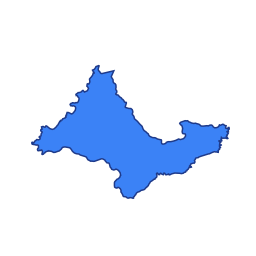 Carrillo, Guanacaste, Costa Rica, rotated 342°
{"feature_id": "36466004B81157491697278", "entity_name": "Carrillo", "entity_type": "district", "adm_level": 2, "iso_a3": "CRI", "parent_name": "Costa Rica", "parent_adm1": "Guanacaste", "projection": "mercator", "projection_center": [-85.608, 10.481], "detail": "fine", "context": "isolated", "style": "filled", "palette": "blue", "viewbox_px": 256, "rotation_deg": 342, "n_neighbors": 0, "source": "geoboundaries", "source_scale": "gbopen_adm2", "svg_char_len": 5844}
<svg xmlns="http://www.w3.org/2000/svg" viewBox="0 0 256 256"><g transform="rotate(342 128 128)"><path d="M213.4,167.7L213.6,166.5L213.9,165.9L214.2,166.7L218.0,167.9L219.0,168.8L219.7,168.8L219.6,168.0L218.8,167.4L218.7,166.9L219.0,166.5L219.9,166.1L219.7,165.3L220.7,164.9L221.7,164.0L221.2,163.0L221.1,162.0L221.4,162.0L222.4,162.5L222.8,160.7L223.8,160.4L224.2,159.5L224.2,158.7L223.5,158.5L223.1,159.2L222.9,159.3L221.5,158.8L220.9,158.4L220.8,158.0L222.0,156.1L220.6,155.4L220.1,154.2L219.2,153.7L216.8,154.0L216.0,153.3L215.6,153.5L214.9,154.5L213.4,155.0L212.3,155.0L210.5,154.6L209.5,153.4L209.0,151.8L208.5,151.1L206.9,150.6L205.0,150.8L203.8,150.2L199.9,149.4L198.4,148.8L197.7,148.2L197.2,146.9L196.3,146.1L194.7,145.1L193.7,144.3L192.0,144.0L190.0,142.9L188.8,141.7L187.7,140.9L187.1,139.7L186.7,139.4L185.5,139.2L184.6,138.7L179.9,138.8L179.2,139.1L178.6,139.6L179.0,141.2L179.8,142.0L180.0,143.4L179.8,145.4L178.4,148.1L178.2,149.5L178.5,150.3L180.5,151.3L180.6,151.5L180.6,152.3L180.1,153.6L178.5,154.8L177.2,155.3L174.3,155.2L172.7,154.1L169.9,154.5L167.2,154.5L164.4,154.2L161.9,153.4L160.0,153.5L159.1,154.3L157.3,154.3L156.2,154.1L155.5,153.5L155.3,153.2L155.3,152.1L156.0,150.3L156.0,149.6L152.5,147.5L151.9,146.7L150.7,145.6L149.3,145.1L148.1,144.5L146.1,142.6L145.5,141.3L145.5,139.9L145.3,139.6L144.4,138.3L143.9,137.2L142.5,135.4L142.0,133.5L141.9,130.7L140.2,127.5L139.0,124.5L137.0,121.2L137.2,119.2L137.0,117.9L136.4,116.7L136.4,115.9L137.4,114.6L137.7,113.6L137.7,111.9L136.8,110.4L134.7,109.6L131.9,107.6L131.9,107.0L134.2,103.7L134.2,103.1L133.3,102.7L132.7,102.1L132.5,100.7L132.0,99.4L131.2,98.4L131.0,97.4L129.7,95.8L128.9,93.9L128.7,93.5L127.6,93.0L126.9,92.2L126.9,91.8L127.3,91.3L128.1,91.0L128.7,89.7L128.7,88.8L128.3,87.9L128.4,87.0L129.2,85.6L129.8,83.3L129.5,82.0L128.8,81.3L128.2,80.2L128.2,79.1L128.7,77.5L128.0,74.7L128.0,73.9L132.2,69.2L120.2,68.2L119.2,67.8L118.7,66.9L118.5,65.7L117.8,64.4L117.7,63.2L118.3,62.0L119.7,60.0L119.4,59.6L116.5,59.7L115.8,60.5L114.0,61.9L113.2,61.8L112.1,62.0L112.4,63.6L112.9,64.6L112.8,65.3L112.5,65.4L111.8,65.1L110.8,66.7L108.8,68.2L107.8,68.7L106.5,69.6L106.0,72.3L104.7,73.9L104.1,74.0L103.5,73.5L102.9,73.5L102.7,73.7L101.8,75.6L102.3,76.4L102.7,78.1L101.0,79.9L100.1,80.1L97.7,80.3L96.9,78.4L96.4,78.3L94.4,79.3L92.5,79.2L91.4,78.9L90.9,79.3L89.2,79.7L88.8,80.1L89.0,80.7L88.8,81.1L89.5,81.3L89.9,81.8L89.8,82.4L90.0,82.8L90.1,83.3L90.5,83.9L90.6,84.5L90.4,85.4L89.0,87.4L87.9,88.2L87.5,88.2L86.2,87.7L85.4,87.9L82.9,86.8L81.8,87.2L81.3,87.0L80.5,87.4L80.1,88.0L80.5,88.6L80.5,89.2L81.4,89.5L81.8,89.9L82.6,89.9L83.1,90.1L84.3,91.2L84.5,92.0L84.4,92.9L83.3,94.9L80.8,96.6L79.8,97.1L78.7,97.2L77.9,96.6L77.6,96.2L76.2,94.9L74.9,94.4L73.8,95.9L73.7,96.6L73.0,96.7L72.6,97.4L72.4,97.5L72.5,98.4L71.6,98.6L71.4,99.0L68.7,99.1L68.4,99.6L68.0,99.9L66.3,100.0L66.1,100.7L65.0,100.6L64.7,101.4L63.6,102.0L62.5,103.3L61.5,103.7L60.2,104.7L57.3,106.0L55.5,105.9L53.5,104.4L51.2,100.9L50.4,100.7L49.7,101.5L49.1,101.5L48.7,101.3L47.9,100.4L47.2,100.2L46.1,100.2L45.9,102.5L44.8,102.5L44.2,103.4L44.2,103.9L45.0,104.9L45.0,105.5L43.5,106.9L43.1,108.1L42.6,108.7L41.3,108.7L40.9,108.9L40.7,109.3L41.5,110.3L40.7,111.4L39.2,111.6L37.8,110.8L37.4,110.8L36.6,111.4L35.2,111.7L34.5,112.5L33.9,112.9L33.1,112.9L33.0,112.2L32.7,112.0L32.2,112.0L31.9,112.4L31.8,113.2L31.9,113.8L33.0,114.5L33.8,114.8L35.3,115.8L36.9,116.3L37.4,117.0L36.7,119.3L35.9,119.6L35.3,120.3L35.2,121.4L35.5,121.9L36.7,122.0L37.3,121.9L37.4,122.3L39.0,122.2L39.3,122.6L39.3,124.3L38.1,126.1L38.1,126.5L38.3,126.7L39.5,126.7L40.5,126.0L41.4,125.9L41.8,125.5L42.4,125.3L44.5,125.1L44.8,125.4L45.6,125.1L46.5,125.9L47.6,126.3L48.5,127.0L49.6,128.2L51.1,128.6L54.5,128.5L55.5,128.6L58.2,127.4L58.9,126.7L59.8,126.2L61.8,126.4L62.8,126.8L66.5,128.8L67.4,130.7L68.0,133.1L69.3,135.2L70.9,136.5L73.3,137.6L74.2,138.9L78.3,141.8L79.4,142.8L80.0,145.7L82.3,148.1L83.3,148.3L85.0,149.1L86.0,149.3L93.2,149.1L94.4,149.6L96.1,151.3L96.1,152.0L97.2,154.6L98.7,155.3L99.2,155.9L99.0,159.8L99.5,160.8L99.7,162.2L101.4,163.5L102.5,163.6L103.7,163.4L104.5,163.8L105.9,165.5L106.0,166.0L106.7,168.0L106.4,170.8L105.8,171.1L105.1,172.2L103.0,173.3L101.8,173.3L98.8,175.0L98.2,175.8L97.3,178.5L97.0,180.1L97.7,181.0L98.4,181.5L99.1,181.7L99.5,181.4L100.1,181.4L100.8,181.7L101.9,183.4L102.1,185.1L101.5,186.7L101.8,187.2L102.3,189.9L102.3,191.2L102.6,191.8L104.7,192.8L105.5,194.0L106.0,194.5L107.1,194.9L108.4,194.8L110.4,195.8L111.0,196.4L111.6,196.4L112.0,195.3L112.9,195.0L114.0,194.0L114.6,193.9L115.9,192.5L117.3,192.0L119.4,192.0L121.0,191.4L124.1,191.6L125.1,191.3L126.9,190.2L127.6,190.1L128.2,189.6L129.5,189.1L130.3,188.0L131.4,187.3L132.6,186.1L135.0,185.5L137.1,184.7L137.7,185.0L138.4,184.3L140.0,183.6L140.3,183.3L140.9,181.8L140.9,180.4L141.5,179.9L141.9,179.9L142.5,180.9L142.8,181.7L143.1,182.0L143.7,182.1L144.3,181.3L145.0,181.1L145.4,181.4L146.0,182.4L147.1,183.3L148.3,182.0L149.0,182.5L149.3,184.0L150.4,184.4L152.5,184.3L152.6,185.2L153.0,185.4L154.0,185.4L155.1,185.1L158.6,185.3L163.1,187.0L164.7,187.9L166.6,188.1L167.8,187.6L169.1,187.7L169.7,186.9L170.8,186.8L171.5,186.0L172.5,185.8L174.1,184.2L174.8,184.7L176.2,184.8L176.2,184.3L175.1,183.6L175.0,183.0L176.2,182.4L176.6,181.7L176.9,181.5L179.3,181.6L179.9,181.7L180.1,181.9L180.4,181.8L181.2,181.0L181.2,179.3L182.5,178.5L182.8,177.8L183.1,177.6L184.2,177.6L185.5,177.9L186.4,177.5L188.4,177.4L196.5,177.5L197.4,177.7L200.2,177.3L202.8,177.2L204.2,178.0L205.1,178.2L205.5,178.6L206.3,179.0L206.7,178.1L206.8,177.2L208.5,176.5L208.5,175.7L209.8,175.2L209.3,174.2L209.4,173.6L210.8,173.3L211.4,173.0L211.3,172.7L210.1,172.7L209.8,172.4L210.6,170.9L211.7,170.2L210.9,169.6L210.5,168.8L210.7,168.3L211.0,168.4L211.9,169.3L212.3,169.3L213.2,169.0L212.9,168.3L213.0,166.8L213.4,167.7Z" fill="#3b82f6" stroke="#1e3a8a" stroke-width="1.5"/></g></svg>